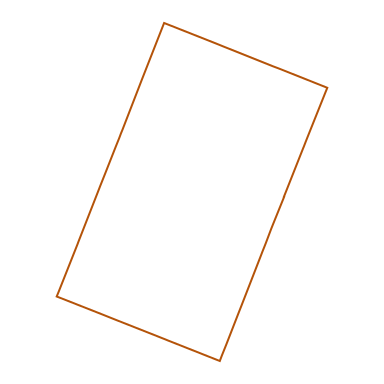 Comandante Fernández, Chaco, Argentina (orthographic projection)
{"feature_id": "61730980B26046188382184", "entity_name": "Comandante Fernández", "entity_type": "district", "adm_level": 2, "iso_a3": "ARG", "parent_name": "Argentina", "parent_adm1": "Chaco", "projection": "orthographic", "projection_center": [-60.45, -26.787], "detail": "fine", "context": "isolated", "style": "outline", "palette": "amber", "viewbox_px": 384, "rotation_deg": 0, "n_neighbors": 0, "source": "geoboundaries", "source_scale": "gbopen_adm2", "svg_char_len": 697}
<svg xmlns="http://www.w3.org/2000/svg" viewBox="0 0 384 384"><path d="M327.3,87.8L327.1,87.7L278.3,68.3L272.7,66.2L223.9,46.7L218.5,44.5L164.1,23.0L141.6,80.3L140.1,84.2L122.6,129.4L121.5,132.1L121.0,133.3L119.4,137.6L115.9,146.3L105.1,173.7L99.8,187.0L99.7,187.3L97.6,192.7L78.4,241.8L77.6,244.0L58.6,291.9L56.7,296.5L102.7,314.6L105.7,315.8L111.2,318.0L117.2,320.4L162.3,338.2L165.1,339.3L168.0,340.5L219.8,361.0L221.8,355.7L226.3,344.5L239.1,311.6L241.2,306.3L261.1,255.1L262.4,251.7L264.6,246.2L265.9,242.9L271.3,228.6L273.1,224.1L284.1,196.9L283.9,196.8L286.1,191.3L303.4,147.6L303.6,147.2L305.6,142.0L307.7,136.7L325.1,93.2L327.3,87.8Z" fill="none" stroke="#b45309" stroke-width="2"/></svg>